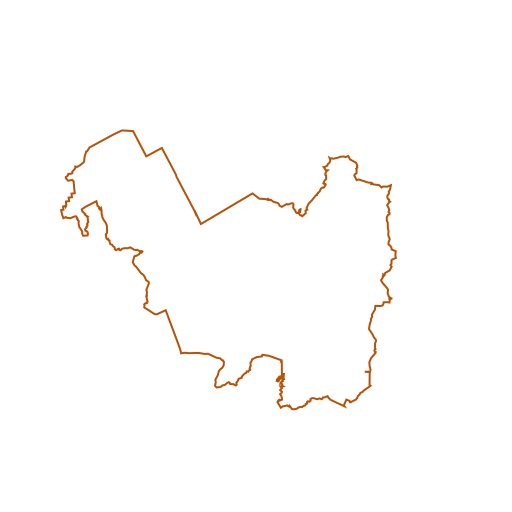 outline of San Juanito de Escobedo, Jalisco, Mexico, rotated 332°
{"feature_id": "50627088B12076447392742", "entity_name": "San Juanito de Escobedo", "entity_type": "district", "adm_level": 2, "iso_a3": "MEX", "parent_name": "Mexico", "parent_adm1": "Jalisco", "projection": "albers", "projection_center": [-104.014, 20.814], "detail": "fine", "context": "isolated", "style": "outline", "palette": "amber", "viewbox_px": 512, "rotation_deg": 332, "n_neighbors": 0, "source": "geoboundaries", "source_scale": "gbopen_adm2", "svg_char_len": 6146}
<svg xmlns="http://www.w3.org/2000/svg" viewBox="0 0 512 512"><g transform="rotate(332 256 256)"><path d="M400.6,264.2L401.7,264.0L403.1,262.7L403.3,261.6L405.6,260.2L408.3,256.8L404.3,256.4L400.9,254.3L399.1,254.5L398.0,251.3L391.8,246.8L392.7,246.3L392.0,245.3L389.6,243.9L382.6,236.6L380.5,236.3L380.6,231.0L381.9,230.2L383.6,230.1L385.4,227.0L385.4,226.0L386.9,225.6L386.9,224.6L387.9,223.9L388.1,220.6L384.4,214.9L384.4,211.0L381.5,210.7L380.4,209.5L377.0,207.9L374.7,207.7L369.8,206.4L369.1,205.5L367.6,205.0L367.0,203.9L366.6,206.2L365.6,207.4L364.4,208.2L362.3,208.7L361.4,209.7L358.4,209.7L357.5,209.3L357.9,212.9L359.4,214.0L357.9,214.2L355.8,215.9L355.3,217.0L355.7,217.8L354.1,221.0L352.1,221.5L349.6,223.4L349.8,224.0L351.2,225.1L351.1,225.7L348.3,227.3L347.8,227.4L346.6,226.7L344.8,227.1L342.3,229.0L340.6,229.2L340.3,229.7L338.9,230.1L338.4,230.8L337.3,230.5L331.2,233.2L327.2,234.4L323.1,237.5L323.0,239.2L321.0,239.2L320.1,241.5L315.5,242.6L315.2,241.5L314.2,240.9L313.9,239.1L314.2,238.0L315.5,238.0L317.2,235.6L316.2,235.5L314.2,237.3L313.0,237.6L312.0,236.9L311.7,235.5L312.1,234.1L311.7,233.0L311.5,230.7L313.4,227.9L313.3,226.9L312.6,226.3L311.4,226.0L308.3,225.6L307.5,224.5L301.8,224.7L300.5,222.7L300.5,220.4L299.8,219.1L296.9,216.4L295.5,213.4L293.9,212.8L293.7,211.3L293.5,211.1L292.6,211.8L291.2,210.3L285.8,206.9L282.3,199.1L222.4,201.9L223.0,189.7L222.6,190.2L222.9,186.4L223.0,148.5L223.5,146.9L223.6,116.4L205.9,116.5L206.1,88.0L196.6,82.2L186.5,81.8L160.0,82.0L155.9,84.3L155.1,84.0L151.0,88.2L148.8,91.6L147.9,92.4L143.0,93.3L139.9,93.4L138.4,92.2L137.7,93.6L133.3,95.4L132.6,96.7L131.0,96.4L128.9,95.4L127.4,96.7L125.1,97.0L124.6,98.1L125.5,101.4L129.4,102.5L130.0,104.4L125.4,115.5L122.4,114.3L121.1,117.7L118.0,116.5L116.7,119.8L113.8,118.7L112.0,122.6L110.9,123.3L111.0,122.3L108.9,121.7L107.7,124.7L105.5,124.0L104.2,128.4L103.7,132.2L106.4,132.3L106.6,133.2L109.9,135.5L114.0,135.8L115.9,136.6L115.9,138.4L115.4,139.0L115.9,139.8L115.4,140.6L115.9,142.0L114.7,143.7L113.6,147.3L114.1,152.8L113.0,154.6L112.9,157.0L116.9,158.8L117.8,157.9L118.5,156.0L118.5,155.2L117.3,153.6L117.6,152.1L119.8,151.3L119.7,150.8L121.7,149.9L121.8,148.4L124.0,147.2L124.0,146.3L125.3,143.5L125.5,141.9L125.8,141.9L125.1,141.0L124.4,139.1L124.9,138.7L123.6,135.2L124.1,133.0L128.3,132.5L140.8,132.7L139.6,137.4L140.4,139.0L139.8,140.1L139.9,141.5L140.4,142.4L140.9,141.2L141.7,140.8L141.3,142.6L139.3,146.6L139.2,148.1L138.5,149.6L138.5,153.3L138.9,156.1L138.6,159.1L135.9,164.8L135.4,165.5L133.5,166.5L132.2,170.2L132.6,171.6L133.5,171.4L133.6,171.8L133.5,173.2L133.8,173.6L133.5,173.8L133.0,177.3L134.2,178.5L134.4,180.2L135.2,181.8L134.6,183.8L135.2,185.2L137.5,184.9L138.5,185.3L138.1,186.3L139.0,187.3L141.0,186.7L143.4,187.3L146.4,188.9L149.1,189.4L151.2,193.1L152.9,194.5L154.0,194.7L155.7,197.2L157.5,198.1L157.8,198.7L156.6,199.3L154.8,198.8L153.6,199.6L149.9,199.6L149.1,199.1L148.3,199.3L144.3,203.6L144.3,207.1L145.2,209.4L146.4,217.1L147.7,219.8L147.9,222.2L147.6,225.7L149.0,228.4L148.7,229.8L143.2,234.5L143.2,235.4L142.4,237.3L141.5,238.4L141.0,240.0L140.2,240.0L138.8,245.5L136.9,245.9L137.0,246.2L135.6,245.9L134.6,246.2L134.5,247.0L133.2,248.9L139.2,259.7L141.0,260.9L150.8,261.5L146.0,297.7L145.1,303.5L144.2,306.8L147.7,308.0L151.3,310.4L159.6,314.5L164.9,318.5L167.7,319.8L173.5,327.4L176.3,329.5L177.2,332.4L177.7,332.5L178.0,334.4L176.2,337.3L174.1,338.7L170.9,339.4L169.2,340.2L166.2,343.4L162.0,346.2L161.2,348.6L159.0,351.2L158.9,352.0L159.6,353.7L163.5,355.0L165.8,354.6L168.2,355.2L170.9,354.5L172.7,354.6L173.2,355.2L173.0,357.0L175.8,358.5L177.0,360.5L177.9,360.9L178.6,360.4L179.0,358.8L180.5,358.2L183.2,356.2L185.3,356.8L186.4,356.7L186.6,356.0L188.1,355.3L190.7,354.5L192.2,354.6L193.8,353.6L194.7,354.5L196.2,353.9L197.2,354.0L197.6,353.6L197.4,352.5L198.5,351.3L199.7,350.6L201.0,347.6L202.5,346.9L204.1,345.4L209.2,345.6L214.0,347.4L215.2,346.2L220.6,350.2L229.6,360.1L228.5,361.2L229.1,361.5L223.5,372.3L225.3,373.3L224.2,374.5L220.0,373.5L216.6,374.9L216.9,375.6L216.0,375.6L215.6,376.0L216.2,376.9L217.2,377.1L218.5,376.2L221.4,375.1L221.8,375.5L223.1,375.1L223.9,375.3L223.1,376.5L222.8,378.8L222.7,377.4L221.5,377.4L220.8,378.0L220.9,379.0L218.5,379.2L217.5,380.2L218.8,380.8L218.6,383.3L218.8,383.7L216.4,382.6L216.9,384.8L214.4,385.7L215.2,388.1L214.4,388.8L212.4,389.3L212.7,391.7L211.6,395.0L209.8,394.9L209.3,393.9L208.2,393.9L207.4,394.4L207.9,394.8L207.6,395.1L206.4,395.4L206.7,401.6L208.8,401.3L213.4,402.6L214.4,404.4L215.3,403.9L215.9,408.1L217.9,409.3L220.2,410.0L222.4,409.7L224.0,410.0L225.1,410.4L225.9,411.1L227.6,410.6L229.0,411.1L230.0,410.6L230.4,410.0L231.9,410.3L232.5,408.9L233.6,408.6L234.6,409.7L236.2,409.5L236.9,407.9L238.4,407.8L240.1,408.5L242.7,411.2L245.3,411.6L246.8,413.3L247.8,413.1L248.6,412.3L250.5,413.1L253.4,413.4L253.4,415.3L254.4,418.1L263.5,430.2L263.4,429.2L268.4,425.2L270.6,427.9L270.3,429.2L271.1,429.7L271.4,429.5L276.6,429.7L278.6,429.0L280.2,427.5L282.5,426.9L283.6,426.0L286.7,426.0L287.9,425.4L296.2,424.4L295.7,423.2L301.9,411.9L297.7,409.2L302.3,411.7L303.8,410.1L304.9,405.8L306.3,402.9L309.6,400.2L316.1,397.7L316.6,397.0L316.0,396.5L316.1,395.2L317.0,394.3L317.8,394.3L317.9,392.9L319.9,389.3L322.0,387.4L322.5,386.3L321.9,382.9L322.1,380.2L321.5,373.5L324.2,369.9L326.9,367.3L328.0,365.4L330.0,364.2L330.8,362.2L335.7,359.3L338.0,356.1L342.2,358.5L344.4,359.1L345.6,358.5L347.0,356.8L350.4,358.5L352.0,359.7L353.4,357.7L353.5,356.7L356.4,357.5L355.6,357.0L354.2,354.4L354.8,350.5L356.7,347.9L356.7,346.1L355.1,339.1L355.0,336.1L358.1,334.4L358.4,333.4L359.0,333.3L359.7,332.0L360.4,333.3L362.2,331.6L367.2,331.5L368.9,330.4L370.8,329.0L370.4,327.6L370.8,326.8L372.0,326.5L373.5,323.4L374.7,323.1L378.6,323.4L379.2,321.2L381.6,317.3L378.8,313.9L379.5,312.3L379.3,309.7L378.4,308.2L379.4,306.2L382.0,303.9L382.5,299.8L384.8,296.0L385.6,293.0L388.0,288.4L388.1,286.4L388.7,284.9L389.7,283.2L391.8,281.7L393.3,281.9L394.2,280.5L393.7,279.3L395.2,278.0L395.6,275.9L395.6,272.7L398.7,271.1L399.9,271.0L399.4,269.6L400.0,268.6L399.4,267.9L399.4,266.5L399.6,265.5L400.6,264.2Z" fill="none" stroke="#b45309" stroke-width="2"/></g></svg>